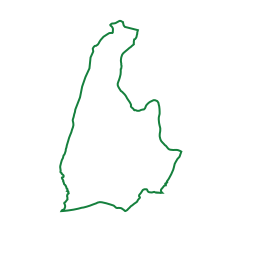 Thaphabath, Bolikhamxai, Laos (Natural Earth projection), rotated 288°
{"feature_id": "54806243B39354451969384", "entity_name": "Thaphabath", "entity_type": "district", "adm_level": 2, "iso_a3": "LAO", "parent_name": "Laos", "parent_adm1": "Bolikhamxai", "projection": "natural_earth1", "projection_center": [103.109, 18.364], "detail": "fine", "context": "isolated", "style": "outline", "palette": "green", "viewbox_px": 256, "rotation_deg": 288, "n_neighbors": 0, "source": "geoboundaries", "source_scale": "gbopen_adm2", "svg_char_len": 5400}
<svg xmlns="http://www.w3.org/2000/svg" viewBox="0 0 256 256"><g transform="rotate(288 128 128)"><path d="M115.9,74.4L113.9,75.2L111.7,75.4L109.0,75.3L106.4,75.4L103.8,75.2L100.4,75.0L97.5,75.1L92.5,75.2L90.2,75.5L89.4,75.4L88.2,75.5L87.0,75.8L84.6,75.8L83.1,75.7L82.0,75.2L81.7,75.2L79.4,75.4L76.9,75.0L74.0,75.1L71.3,75.3L71.0,75.3L69.8,75.6L66.7,77.1L65.8,77.2L65.5,77.3L65.2,77.4L65.0,77.6L64.9,77.9L64.8,78.4L64.6,78.7L64.3,79.0L64.1,79.0L63.9,79.3L63.2,81.0L63.0,81.3L62.7,81.5L62.4,81.7L61.4,81.7L61.1,81.4L60.9,81.1L60.8,80.8L60.6,80.6L60.4,80.5L60.1,80.5L59.6,81.0L59.1,81.4L58.9,81.7L58.3,82.4L58.0,82.7L57.7,82.7L57.4,82.8L57.2,82.8L57.0,83.0L56.7,83.4L56.6,83.6L56.4,83.7L56.2,83.7L55.9,83.9L55.6,84.2L55.2,84.4L54.8,84.7L54.7,85.0L54.4,85.8L54.3,86.0L53.9,86.3L53.7,86.5L53.5,87.0L53.3,87.1L53.1,87.2L52.9,87.3L52.8,87.5L52.6,87.7L51.6,88.2L51.4,88.4L51.4,88.8L51.3,89.1L51.1,89.3L50.5,89.5L50.0,89.9L49.8,90.1L49.6,90.1L49.5,89.9L49.4,89.7L49.2,89.6L49.1,90.3L49.1,90.6L49.0,90.9L48.9,91.0L48.7,90.9L48.3,91.0L48.1,91.2L47.9,91.4L47.7,91.7L47.5,91.8L47.1,91.6L46.6,91.2L46.3,91.0L46.1,90.9L45.8,90.9L45.0,91.1L44.5,91.0L44.3,91.1L43.7,91.6L43.4,91.8L43.1,91.9L42.6,91.9L42.3,92.1L41.7,92.5L41.4,92.5L41.2,92.5L40.8,92.3L40.5,92.1L40.2,92.0L39.8,91.9L39.0,91.6L38.6,91.5L38.0,91.2L37.5,90.7L37.4,90.6L37.0,90.6L36.7,90.6L36.5,90.8L36.3,91.0L35.8,91.5L35.5,91.7L35.0,92.0L34.3,92.4L33.8,92.5L33.3,92.6L33.0,92.5L32.1,92.6L31.1,92.4L30.4,91.9L29.7,90.9L29.0,90.5L28.4,90.4L29.0,91.9L30.9,96.2L33.5,101.4L35.9,105.6L37.9,108.7L38.6,110.2L40.4,113.0L42.4,115.8L44.5,118.4L46.5,121.0L47.7,122.2L48.8,124.1L49.3,126.2L49.7,130.7L49.8,135.2L49.8,138.3L49.6,138.8L49.5,139.1L49.2,139.7L48.8,140.7L48.5,141.3L48.5,142.3L48.7,142.9L49.0,143.4L49.3,144.4L49.6,145.8L49.6,146.9L49.2,147.7L49.0,148.9L48.2,150.6L48.2,150.8L48.2,151.1L48.9,151.9L49.9,152.7L51.1,153.2L52.7,154.1L54.3,154.8L54.9,155.2L55.7,155.9L57.9,157.3L59.7,158.7L60.3,159.1L60.9,159.5L61.9,159.5L63.7,160.1L64.8,160.7L65.6,160.8L65.8,160.7L66.4,159.8L66.7,159.5L67.4,159.4L67.9,159.4L69.6,160.1L70.4,160.4L73.5,161.2L74.2,161.8L74.8,162.6L75.1,163.5L75.4,164.3L75.4,164.9L75.1,165.3L74.1,166.2L73.6,167.0L73.5,167.6L73.6,168.7L73.9,170.0L74.1,170.7L75.3,172.6L75.2,174.4L75.2,174.7L75.3,175.1L75.7,175.4L75.7,175.6L75.6,176.2L75.6,176.4L75.7,176.7L76.0,177.0L76.1,177.5L76.2,178.7L76.3,178.9L76.5,179.0L76.7,179.4L76.6,179.6L76.8,179.9L77.0,180.5L77.2,180.1L77.5,179.7L77.9,179.1L78.1,179.0L78.6,178.7L78.9,178.6L79.5,178.5L80.0,178.6L81.2,179.1L81.9,179.4L83.3,179.9L83.9,180.1L84.2,180.3L84.5,180.5L84.7,180.8L85.0,181.3L85.1,181.5L85.4,181.2L85.6,181.0L85.9,181.1L86.1,181.3L86.4,181.1L86.5,181.0L86.6,181.3L86.8,181.4L87.0,181.2L87.4,181.2L87.6,181.3L87.8,181.6L88.0,181.8L88.4,182.1L88.5,182.1L88.7,181.8L88.9,181.6L89.0,181.5L89.3,181.5L89.5,181.6L89.9,181.8L90.2,181.8L90.7,182.0L92.4,182.5L97.4,183.4L102.3,183.9L104.7,183.8L108.3,183.5L110.6,183.9L113.8,184.6L116.6,185.9L122.0,186.0L122.3,184.4L122.4,182.4L122.2,181.1L121.0,177.6L120.5,175.3L120.4,174.3L120.5,173.4L120.7,172.8L121.3,171.8L122.3,170.3L122.8,169.5L123.1,168.4L123.9,167.1L124.8,165.4L125.8,163.7L126.7,162.8L127.4,162.2L129.7,160.8L130.8,160.4L132.3,160.0L135.0,159.6L136.4,159.2L137.7,158.8L138.7,158.2L140.1,157.3L142.2,156.1L144.2,155.2L145.9,154.5L147.7,154.0L151.2,153.7L153.1,153.1L155.8,152.1L158.2,151.0L160.3,149.7L161.5,149.0L162.6,147.5L162.8,145.4L162.5,144.0L161.8,143.1L160.7,142.0L159.9,141.1L158.5,140.0L157.8,139.6L157.1,139.2L155.3,138.4L153.9,138.2L153.0,138.2L152.0,138.1L151.0,137.6L150.5,137.3L150.1,136.3L149.6,135.5L149.3,135.0L149.0,134.6L148.5,134.1L148.2,133.8L147.8,133.2L147.5,132.3L147.3,131.7L147.2,131.2L147.3,130.4L147.3,129.7L147.2,129.3L147.1,129.0L146.9,128.7L147.0,128.4L147.1,128.0L147.4,127.8L147.5,127.6L147.9,127.1L148.8,124.9L149.1,124.4L149.6,124.0L149.9,123.9L150.2,123.9L150.5,123.9L150.8,123.8L151.0,123.7L151.6,123.2L152.4,122.4L152.9,121.9L153.3,121.4L155.2,118.9L156.2,117.7L157.0,116.9L157.9,115.9L158.6,114.9L159.0,114.3L160.2,112.0L160.5,111.5L160.8,110.6L161.0,109.8L163.0,107.4L163.8,106.5L165.2,105.2L166.1,104.8L167.1,104.5L168.1,104.5L169.2,104.5L170.7,104.6L172.0,104.6L173.3,104.6L176.2,104.4L177.0,104.3L177.7,104.1L179.0,103.8L181.7,102.9L182.2,103.2L183.0,103.1L185.1,102.7L185.9,102.1L187.2,101.7L188.5,101.0L189.2,100.7L189.9,100.4L191.2,100.1L192.9,99.8L195.7,99.8L196.5,100.0L197.5,100.3L198.9,101.1L201.0,102.4L202.4,103.3L204.6,104.6L205.9,105.6L207.7,106.6L208.8,107.4L209.3,107.6L209.5,107.7L210.1,107.3L210.3,107.3L210.8,107.3L211.6,106.9L213.6,106.6L214.1,106.5L214.3,106.8L214.6,107.1L215.0,107.4L215.7,107.6L216.3,107.8L216.9,107.9L217.5,107.9L219.2,107.7L220.5,107.7L221.0,107.4L221.9,107.3L224.1,107.2L223.2,93.8L223.8,92.8L224.5,92.0L225.4,91.5L226.4,90.8L227.1,90.6L227.2,90.1L227.3,89.2L227.5,88.7L227.5,87.8L227.4,87.2L226.9,86.5L223.9,83.7L223.1,82.3L222.6,81.0L222.3,80.4L221.4,79.7L220.5,79.3L220.0,79.8L219.5,81.2L218.5,82.4L217.9,82.9L216.6,83.4L215.2,83.7L214.4,84.0L213.6,83.8L213.0,82.1L212.5,80.9L210.9,79.5L207.2,76.5L203.3,74.8L202.9,74.7L201.1,74.2L199.7,74.0L198.0,73.5L196.3,72.2L195.8,71.1L194.6,70.4L192.9,70.0L192.5,70.0L190.3,71.2L189.9,71.3L183.5,70.6L172.8,72.9L163.3,71.8L153.2,71.6L142.3,72.9L129.3,72.2L128.6,72.3L126.7,72.6L124.5,72.6L121.6,72.9L119.4,72.9L118.4,73.0L117.4,73.5L115.9,74.4Z" fill="none" stroke="#15803d" stroke-width="2"/></g></svg>